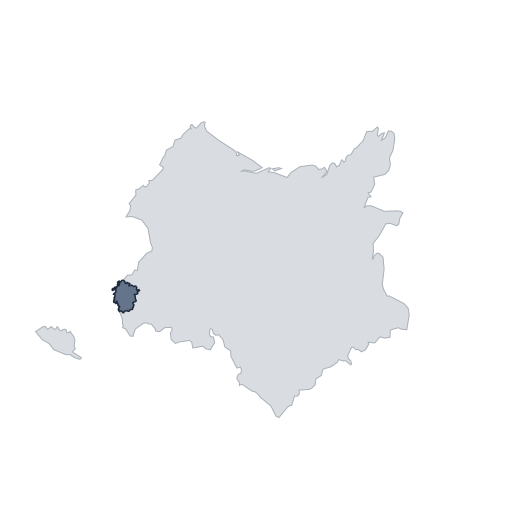 where Var sits in France, rotated 115°
{"feature_id": "FRA-5351", "entity_name": "Var", "entity_type": "Metropolitan department", "adm_level": 1, "iso_a3": "FRA", "parent_name": "France", "parent_adm1": "", "projection": "mercator", "projection_center": [6.264, 43.397], "detail": "fine", "context": "in_parent", "style": "filled", "palette": "slate", "viewbox_px": 512, "rotation_deg": 115, "n_neighbors": 0, "source": "natural_earth", "source_scale": "10m", "svg_char_len": 6529}
<svg xmlns="http://www.w3.org/2000/svg" viewBox="0 0 512 512"><g transform="rotate(115 256 256)"><path d="M380.3,216.3L377.4,217.9L375.6,221.2L373.8,222.0L370.5,222.0L368.9,220.0L364.9,221.3L363.3,223.3L365.6,225.9L357.7,236.2L352.7,238.9L351.6,245.7L345.7,250.7L343.4,255.9L343.3,257.0L344.8,258.7L344.1,262.1L341.1,264.4L341.1,266.5L342.0,266.8L346.6,265.1L348.3,263.1L347.4,260.3L352.0,256.9L360.3,257.7L361.3,262.3L360.2,266.1L366.1,274.3L361.0,278.1L360.7,280.6L366.0,288.8L369.3,292.1L367.5,297.6L361.9,301.1L358.3,300.8L356.8,301.7L356.9,303.4L359.4,308.3L365.5,311.5L366.4,315.2L364.7,316.5L361.9,322.1L363.1,324.8L362.6,326.0L363.3,327.9L364.9,329.8L373.2,334.5L380.8,333.6L381.7,336.3L377.1,343.5L377.4,346.7L375.0,346.8L374.6,347.9L369.9,350.3L362.4,357.6L358.9,359.7L357.5,363.3L355.4,365.4L344.6,369.5L342.6,368.6L337.3,368.7L334.0,366.1L327.7,364.4L325.6,360.6L319.8,359.9L319.4,357.4L311.2,359.7L299.6,356.2L295.5,352.5L292.1,353.5L289.1,356.8L276.6,365.6L271.7,374.6L272.6,385.1L275.5,390.3L267.8,389.5L263.3,391.0L262.1,393.2L251.4,390.6L247.4,392.8L246.3,392.6L244.9,390.5L239.6,388.0L240.4,386.2L239.7,384.7L234.8,383.5L233.0,385.0L231.1,381.9L217.2,377.1L215.0,377.2L214.1,381.9L205.1,381.8L203.8,381.0L198.0,382.0L191.9,377.5L185.1,378.4L180.9,373.8L176.8,373.5L171.0,371.2L168.4,369.9L168.1,368.6L166.4,370.6L164.2,370.2L163.8,369.6L165.2,367.0L165.4,364.0L158.2,361.9L156.3,359.7L156.3,358.6L160.2,357.6L163.7,353.4L167.0,338.4L169.4,320.4L171.1,317.0L173.4,316.1L171.6,313.6L169.4,316.9L170.7,300.2L173.3,287.7L179.3,292.8L180.8,295.1L182.6,302.5L186.0,305.7L183.8,302.6L181.6,292.7L180.2,289.9L170.5,281.5L170.2,279.6L174.5,280.6L172.7,274.3L171.7,261.0L165.9,259.7L156.5,254.0L150.0,243.8L149.3,239.9L151.0,235.8L149.5,233.2L146.7,231.4L148.8,227.9L150.8,227.6L157.5,229.6L152.0,226.3L143.0,227.4L139.4,226.2L138.8,223.8L141.2,220.6L138.2,218.7L133.1,219.1L132.4,218.3L134.0,216.0L132.7,215.2L128.5,216.0L126.1,215.3L123.8,212.7L117.0,212.2L115.5,210.7L106.2,207.7L96.4,208.2L93.6,203.0L87.7,200.5L88.8,198.9L94.8,197.3L96.0,195.9L91.6,193.7L90.1,191.6L98.1,191.1L94.5,188.8L86.7,188.9L85.7,185.8L86.7,182.6L91.2,179.7L102.4,176.6L110.6,176.5L116.4,172.8L122.1,171.8L127.5,173.6L134.9,182.7L140.8,178.7L149.5,178.8L151.3,181.1L153.7,176.9L155.6,179.3L166.3,178.5L163.8,176.9L161.8,173.0L161.3,158.6L155.9,148.1L154.5,144.3L154.8,141.0L161.2,141.6L166.5,140.1L169.1,141.1L169.7,147.9L171.9,151.9L186.6,153.1L195.1,155.2L202.3,151.4L208.9,149.6L209.5,148.7L205.6,149.1L202.1,147.4L201.6,145.6L203.5,140.3L213.7,134.4L228.7,129.4L232.5,126.1L236.9,120.0L235.9,118.4L236.6,101.8L238.8,96.3L244.5,92.3L259.1,88.2L260.9,93.6L260.8,96.6L264.7,101.3L266.6,102.8L273.0,100.2L276.0,104.6L276.9,109.5L284.6,111.6L286.8,118.0L288.2,116.6L293.0,116.9L295.3,117.4L298.4,120.2L297.4,124.0L298.8,125.8L297.5,129.3L298.4,130.8L307.2,130.8L309.8,129.2L311.0,125.7L313.7,123.7L314.7,124.3L313.0,130.8L314.3,132.5L314.9,137.2L318.2,137.5L324.7,141.2L330.1,147.4L336.8,146.4L342.1,149.8L347.6,148.0L352.7,149.8L354.5,151.6L359.3,160.2L363.0,158.4L365.7,159.5L366.5,161.9L376.4,160.5L378.1,162.9L380.2,163.7L392.6,166.9L392.8,170.1L385.6,179.1L382.4,191.9L380.3,196.3L379.5,199.6L380.1,201.8L379.8,205.3L378.2,213.5L379.1,215.9L380.3,216.3ZM424.7,378.2L424.0,383.0L425.8,386.4L426.3,400.0L422.8,406.5L422.1,414.4L417.7,423.8L410.7,419.6L408.7,417.3L410.5,413.7L406.5,411.8L407.5,408.3L407.1,406.6L404.2,406.4L404.1,405.5L406.2,402.8L406.1,401.1L403.4,399.0L402.9,397.1L405.5,395.0L404.3,393.1L402.9,392.7L406.4,386.5L408.8,384.6L414.3,382.9L416.5,380.5L420.1,381.8L420.7,381.2L421.9,371.3L423.1,371.2L424.3,372.5L424.7,378.2ZM171.0,275.0L170.1,278.0L166.4,272.8L166.0,270.0L171.0,275.0Z" fill="#d9dde1" stroke="#a8b0b8" stroke-width="1"/><path d="M364.0,356.2L363.8,356.4L363.7,357.2L363.2,357.6L363.1,357.9L362.6,358.0L362.5,357.8L362.5,357.6L362.4,357.5L362.2,357.6L362.2,357.9L362.3,358.3L362.0,358.4L361.7,358.3L361.3,358.3L360.5,358.5L360.2,358.2L359.8,358.1L359.6,358.2L359.2,358.6L359.3,359.4L358.9,359.9L358.9,360.4L358.3,360.5L357.9,360.6L357.7,361.0L357.6,361.4L357.3,361.6L356.7,362.2L356.0,362.6L355.9,363.1L356.4,363.3L357.8,362.9L358.3,363.0L358.1,363.8L357.7,364.1L357.7,364.7L357.8,364.9L358.0,365.3L357.5,365.7L357.1,365.9L356.8,366.0L356.3,366.2L356.1,366.2L355.9,365.8L355.7,365.9L355.2,365.9L354.7,365.9L354.6,366.2L354.4,366.6L353.9,367.0L353.2,366.8L352.6,366.9L351.9,366.9L351.4,367.1L350.8,367.4L350.5,368.0L350.6,368.4L350.8,368.9L350.0,368.9L349.7,368.6L349.1,368.3L348.5,368.0L347.9,367.9L347.1,368.1L346.4,368.3L346.1,368.5L345.7,368.9L345.5,369.5L345.5,370.3L345.9,370.5L346.2,370.4L346.1,370.7L345.5,370.8L344.2,370.9L343.9,370.7L344.3,370.5L344.7,370.4L345.0,370.2L344.9,369.5L344.4,369.1L344.0,369.2L342.9,369.3L342.5,369.3L342.2,368.6L341.6,368.5L340.8,368.5L340.3,368.2L340.4,367.7L340.0,367.5L339.7,367.6L339.0,367.9L339.4,368.1L339.7,368.8L340.1,369.0L340.7,369.3L340.4,369.6L339.9,369.5L339.2,369.5L338.9,369.6L338.4,370.4L337.5,370.1L336.8,369.6L336.6,369.3L337.1,369.0L337.5,368.6L337.3,368.4L337.1,368.2L336.7,368.1L336.6,367.9L336.5,367.6L336.1,367.6L335.7,367.6L334.6,367.1L334.4,366.4L334.1,366.0L334.2,364.9L334.5,364.2L335.0,363.7L335.8,363.3L336.1,362.8L335.8,362.1L335.2,361.7L334.5,361.7L334.4,361.3L334.4,361.0L334.5,360.8L334.6,360.5L334.7,360.2L334.6,359.7L334.3,358.8L334.8,358.6L336.0,358.7L336.6,358.5L335.0,356.3L334.9,356.0L334.9,355.6L335.3,354.3L335.3,353.8L335.0,353.5L334.6,353.2L334.3,352.8L334.2,351.9L334.9,350.8L336.8,350.2L337.4,349.3L336.9,349.1L336.4,348.1L336.0,347.9L336.6,347.0L338.4,348.1L339.0,348.1L339.4,347.9L339.5,347.6L339.7,347.4L340.2,347.3L340.4,347.5L340.9,348.2L341.3,348.4L341.6,348.7L342.1,349.8L342.5,349.9L343.1,349.0L343.6,348.4L345.2,347.7L346.9,345.9L347.6,345.6L348.1,345.9L349.6,347.4L350.3,347.8L351.0,347.6L351.4,347.0L351.6,346.3L352.0,345.9L352.4,345.8L353.2,345.9L353.6,345.8L354.1,345.6L354.3,345.6L354.5,345.7L354.8,345.9L354.9,346.0L355.5,345.8L356.0,345.5L356.5,345.4L357.0,346.0L357.3,346.8L357.7,347.2L358.8,347.6L359.7,347.7L359.9,347.9L360.2,348.9L360.2,349.3L360.1,350.0L360.2,350.3L360.3,350.4L361.7,351.8L362.1,352.0L362.5,352.0L362.9,351.9L363.3,351.9L363.5,352.3L363.6,352.8L363.4,353.3L362.9,354.1L362.7,354.9L363.0,355.5L364.0,356.2L364.0,356.2ZM347.4,371.1L347.6,371.0L347.8,371.3L347.8,371.8L347.3,372.0L347.0,372.2L346.6,372.3L346.4,372.2L345.8,371.9L345.7,371.7L346.0,371.6L346.7,371.6L346.9,371.5L346.9,371.4L347.0,371.4L347.4,371.4L347.4,371.1Z" fill="#64748b" stroke="#1e293b" stroke-width="1.5"/></g></svg>